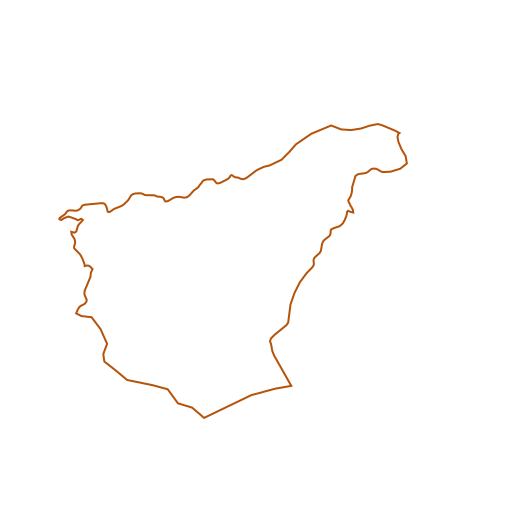 the border of Faranah, rotated 241°
{"feature_id": "GIN-5636", "entity_name": "Faranah", "entity_type": "Prefecture", "adm_level": 1, "iso_a3": "GIN", "parent_name": "Guinea", "parent_adm1": "", "projection": "natural_earth1", "projection_center": [-10.509, 9.855], "detail": "fine", "context": "isolated", "style": "outline", "palette": "amber", "viewbox_px": 512, "rotation_deg": 241, "n_neighbors": 0, "source": "natural_earth", "source_scale": "10m", "svg_char_len": 3179}
<svg xmlns="http://www.w3.org/2000/svg" viewBox="0 0 512 512"><g transform="rotate(241 256 256)"><path d="M252.9,363.2L249.4,363.1L246.9,362.1L248.8,360.1L250.9,358.4L250.5,357.1L247.5,354.8L244.5,351.1L242.4,347.7L241.5,343.6L242.6,337.9L242.8,334.6L241.3,333.1L239.3,332.0L237.9,329.9L236.9,323.6L236.2,321.7L234.3,319.4L229.2,315.4L227.8,313.2L226.4,307.1L225.6,305.4L224.3,304.2L221.1,302.8L220.0,302.0L218.8,299.8L216.5,292.0L211.8,281.7L204.9,271.6L196.8,262.6L182.2,251.9L180.8,249.2L178.1,234.1L176.6,229.0L174.5,226.8L171.7,226.5L165.1,224.2L160.1,223.6L125.3,223.9L130.6,208.6L136.6,184.5L139.6,132.1L154.4,126.6L165.0,116.3L182.2,114.2L192.9,103.2L210.0,83.2L224.2,77.7L237.2,72.2L244.3,74.9L251.4,83.2L267.4,84.6L282.2,82.5L288.1,74.2L293.0,70.9L295.6,74.2L296.8,76.4L297.3,78.1L297.3,79.8L297.2,82.1L297.4,83.6L298.0,85.0L298.7,85.9L299.6,86.6L300.7,86.8L305.0,87.2L306.5,87.8L307.8,88.6L309.0,89.7L318.1,101.2L320.2,102.6L321.2,103.2L323.8,106.7L325.5,106.2L327.3,105.8L328.7,104.9L329.7,103.4L330.2,101.3L332.3,102.1L337.9,102.9L341.7,103.0L343.3,102.8L350.8,100.7L352.5,101.4L353.7,102.9L355.8,104.6L358.7,105.5L364.0,105.2L366.7,106.2L364.3,108.7L364.6,110.7L368.7,114.9L369.5,116.4L371.0,121.0L371.4,122.0L373.2,121.2L373.5,119.5L373.5,117.9L374.2,117.1L375.6,116.3L380.2,112.3L381.5,110.9L382.1,106.8L381.9,103.1L383.6,101.9L384.4,102.6L385.1,108.9L385.4,109.8L385.8,110.8L386.4,111.8L386.7,113.0L386.5,114.6L384.9,117.5L383.8,119.0L382.9,120.5L382.4,121.9L382.4,124.4L382.8,125.8L383.4,127.0L384.0,127.8L384.3,129.0L383.8,131.2L377.3,146.1L375.9,148.3L374.6,149.0L373.3,149.1L370.8,148.9L366.7,147.8L365.9,148.3L365.5,149.5L365.6,151.7L365.9,153.2L365.9,155.3L365.0,162.2L365.1,164.4L365.3,166.1L365.7,167.3L366.7,171.0L367.7,173.0L368.3,173.9L369.4,175.8L369.7,176.9L369.7,178.5L369.3,180.5L367.5,184.2L366.4,186.0L365.2,187.1L363.4,188.2L362.6,189.2L358.3,196.6L356.0,198.4L355.3,199.2L354.8,200.1L354.2,201.0L353.5,201.8L352.7,202.5L351.8,203.0L350.9,203.2L348.8,203.0L347.8,203.1L347.1,204.2L346.7,205.8L346.9,211.0L346.7,213.0L346.3,214.9L345.1,217.3L344.2,218.6L342.6,220.4L341.6,222.0L341.2,223.0L341.0,223.8L341.0,225.2L341.4,227.6L343.2,232.6L343.5,233.9L344.0,238.2L344.3,239.3L345.4,241.2L346.2,243.5L347.2,245.5L347.5,246.7L347.3,248.3L346.8,250.1L344.2,255.2L343.4,255.9L342.3,256.2L339.8,256.6L338.7,256.9L337.8,258.2L337.3,260.4L337.0,267.8L337.2,269.7L337.6,270.9L338.2,271.9L338.6,272.8L338.7,273.6L337.8,274.5L335.6,275.4L334.8,276.2L333.1,278.5L331.2,279.9L330.5,280.5L329.8,281.4L329.3,282.3L329.0,283.9L329.0,286.3L330.6,297.4L330.6,300.7L330.1,306.5L328.6,311.8L327.8,325.0L330.8,335.4L334.3,345.0L336.1,363.6L333.7,385.0L325.4,391.9L320.1,400.1L316.6,409.6L314.9,418.4L312.7,425.6L312.0,426.9L309.1,429.8L298.2,438.4L294.0,441.1L293.8,439.6L291.4,437.4L286.8,435.9L279.0,435.0L270.8,435.3L263.8,432.8L262.4,424.5L264.5,414.6L268.0,407.4L269.9,405.9L272.2,404.7L274.2,403.2L275.8,400.6L276.1,398.4L275.3,394.6L275.3,392.6L276.2,389.7L277.3,387.2L278.1,384.6L277.8,381.8L269.4,373.3L267.3,372.2L264.7,370.2L262.4,367.8L260.0,363.7L258.2,363.2L256.1,363.3L254.1,363.0L252.9,363.2Z" fill="none" stroke="#b45309" stroke-width="2"/></g></svg>